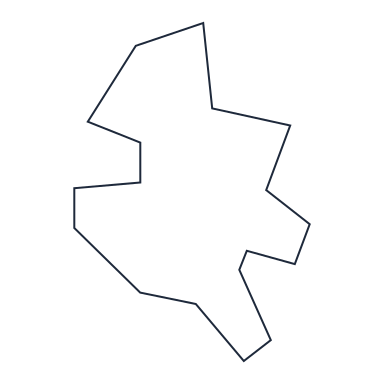 an SVG outline of Bucharest
{"feature_id": "ROU-128", "entity_name": "Bucharest", "entity_type": "City", "adm_level": 1, "iso_a3": "ROU", "parent_name": "Romania", "parent_adm1": "", "projection": "natural_earth1", "projection_center": [26.1, 44.46], "detail": "fine", "context": "isolated", "style": "outline", "palette": "slate", "viewbox_px": 384, "rotation_deg": 0, "n_neighbors": 0, "source": "natural_earth", "source_scale": "10m", "svg_char_len": 349}
<svg xmlns="http://www.w3.org/2000/svg" viewBox="0 0 384 384"><path d="M203.2,23.0L212.2,108.4L290.2,125.5L266.2,190.1L309.7,224.2L294.8,264.1L246.8,250.8L239.3,269.8L270.8,340.1L243.8,361.0L195.8,304.0L140.2,292.6L74.3,228.0L74.3,188.2L140.3,182.5L140.3,142.6L87.8,121.7L135.8,45.8L203.2,23.0Z" fill="none" stroke="#1e293b" stroke-width="2"/></svg>